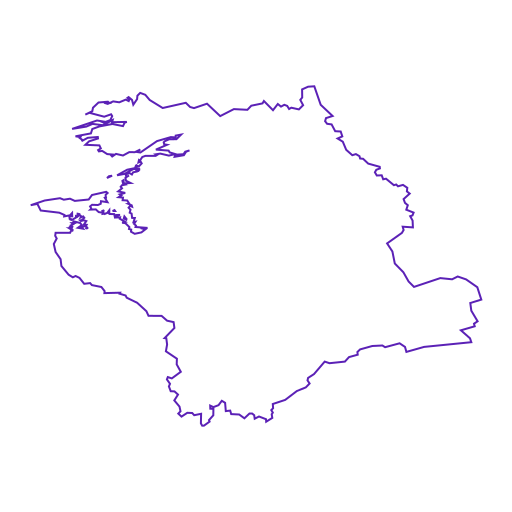 outline of Gort-Kinvara Lea-5, Galway, Ireland
{"feature_id": "5873133B79086862800883", "entity_name": "Gort-Kinvara Lea-5", "entity_type": "district", "adm_level": 2, "iso_a3": "IRL", "parent_name": "Ireland", "parent_adm1": "Galway", "projection": "robinson", "projection_center": [-8.887, 53.119], "detail": "fine", "context": "isolated", "style": "outline", "palette": "violet", "viewbox_px": 512, "rotation_deg": 0, "n_neighbors": 0, "source": "geoboundaries", "source_scale": "gbopen_adm2", "svg_char_len": 6004}
<svg xmlns="http://www.w3.org/2000/svg" viewBox="0 0 512 512"><path d="M132.0,99.9L128.6,97.1L127.5,97.9L129.4,99.5L128.7,101.1L125.8,99.6L119.3,102.3L113.2,101.4L107.7,103.9L104.0,102.7L109.2,102.9L107.9,101.7L98.5,102.5L93.0,107.7L92.3,111.2L85.3,114.6L89.4,112.8L104.2,116.7L111.1,114.3L112.2,116.1L110.3,120.1L103.7,122.6L100.4,121.2L105.2,121.8L97.0,120.5L72.1,128.9L86.3,126.6L92.5,123.9L102.8,125.2L112.7,120.0L112.1,122.2L126.8,121.9L124.6,122.7L123.0,126.1L112.4,124.0L99.5,126.4L92.3,129.0L90.9,133.4L75.5,136.3L80.4,137.1L79.7,138.0L82.5,140.0L81.6,141.1L87.8,137.8L97.8,137.0L98.0,138.5L89.1,141.3L85.4,144.8L99.4,145.4L100.8,148.4L98.1,150.1L98.9,151.4L102.2,150.9L107.2,154.1L112.3,154.5L111.1,155.3L112.2,156.5L116.0,153.9L123.0,155.5L129.3,152.1L134.8,152.2L140.3,149.5L137.0,152.0L140.4,152.5L157.0,141.1L170.8,137.1L175.6,137.4L175.7,135.6L181.1,134.6L176.4,139.2L169.1,139.3L164.8,141.2L163.7,142.3L164.2,144.3L167.0,144.8L155.9,149.6L168.6,150.6L169.7,152.4L177.1,154.6L183.5,154.2L185.2,151.7L189.5,150.4L186.1,151.7L183.9,155.2L174.6,156.8L175.1,155.3L173.8,154.4L168.9,155.6L160.3,153.6L155.8,154.3L157.0,155.0L155.6,155.9L145.3,155.9L142.3,157.0L139.9,160.6L139.0,160.0L138.4,162.5L140.7,161.7L141.7,163.4L138.8,166.5L136.9,165.5L136.8,167.4L135.7,166.2L135.0,168.1L127.2,169.7L117.1,175.3L124.5,173.9L133.3,169.1L139.0,168.8L139.3,169.8L138.3,171.0L137.4,171.0L138.3,169.6L136.2,170.1L136.6,171.6L133.1,172.3L131.9,174.5L129.5,173.0L125.6,174.5L126.5,176.8L129.0,175.5L125.5,177.6L125.9,180.7L130.6,183.0L123.7,183.4L123.5,180.2L122.4,180.9L123.3,184.3L124.1,184.1L124.6,184.5L125.4,184.1L125.8,184.5L122.0,185.2L120.7,186.8L122.0,188.3L118.2,191.4L125.2,192.9L119.8,194.4L121.3,195.4L118.6,197.2L123.0,197.6L122.6,200.2L127.2,200.5L129.2,203.6L128.2,203.8L131.7,205.3L132.1,206.7L130.1,205.9L128.6,207.7L130.5,209.7L129.7,212.7L131.6,213.6L132.1,217.9L134.8,218.0L133.5,222.1L135.5,221.7L134.1,223.9L136.0,225.6L135.5,227.0L147.5,227.9L143.5,228.9L145.3,229.4L141.4,232.4L134.7,233.8L131.0,231.7L131.2,229.6L129.0,229.0L129.4,227.1L125.4,223.2L122.1,222.7L125.3,221.9L119.7,218.7L120.1,217.3L116.3,217.5L115.9,216.9L115.5,217.4L114.9,217.3L114.2,214.1L109.6,214.0L108.2,212.9L109.2,212.0L104.0,214.3L104.7,213.6L102.7,213.9L103.1,212.8L98.7,212.1L95.8,209.4L90.4,209.6L91.4,208.7L90.1,206.4L92.1,204.8L97.9,205.0L100.7,203.8L101.0,201.2L107.5,202.2L104.9,197.9L106.9,197.6L105.6,197.4L105.7,194.7L107.6,193.0L106.2,191.8L92.0,195.0L88.7,199.5L74.8,200.9L70.0,198.7L63.8,199.7L60.0,198.2L44.7,200.5L30.7,205.2L37.4,203.9L40.7,210.5L59.3,212.7L64.5,215.0L64.2,216.4L70.0,215.3L72.1,213.0L72.2,216.3L69.3,216.2L69.7,218.9L71.8,219.3L69.8,219.4L71.9,220.0L75.9,217.6L76.0,216.1L77.2,216.6L77.6,213.7L79.0,214.0L77.6,216.4L79.9,215.1L81.3,216.4L80.7,217.5L83.2,216.4L84.3,217.8L82.2,219.8L86.3,221.1L83.9,224.5L86.6,224.8L85.9,226.0L88.0,228.7L86.8,227.6L85.6,229.0L86.7,227.4L85.3,226.0L81.7,227.1L83.0,228.7L77.9,227.8L81.8,225.1L80.2,223.0L73.8,221.4L73.0,222.3L74.0,223.0L71.9,223.1L73.2,224.2L70.6,225.5L71.1,227.2L72.8,226.1L72.1,227.3L70.5,227.3L70.3,226.5L69.7,227.1L71.2,228.5L69.4,228.4L73.2,230.8L71.2,230.5L70.1,232.8L55.6,232.8L55.2,235.8L56.7,238.5L53.8,244.0L55.6,252.0L60.6,259.2L61.4,266.0L68.6,274.7L72.8,277.3L75.6,276.0L79.5,277.9L84.2,283.8L90.1,283.1L91.9,285.1L101.4,287.0L104.6,291.1L104.4,293.1L120.1,292.7L119.6,293.7L125.6,295.5L126.7,297.7L137.2,302.8L146.4,311.2L148.5,315.8L161.6,315.9L167.1,320.7L173.6,322.1L174.4,328.0L164.6,338.1L166.3,338.3L167.1,344.5L165.9,351.3L176.9,358.7L176.7,364.4L180.8,371.8L171.8,378.4L167.8,377.1L166.9,379.4L170.0,383.8L168.9,386.4L170.7,391.2L174.5,391.4L178.0,394.6L174.3,400.4L179.5,406.6L180.5,411.3L178.3,413.6L181.5,416.6L187.3,412.8L192.2,413.0L194.2,415.2L201.1,413.8L200.9,423.4L202.2,425.7L203.9,425.7L209.6,421.6L209.0,420.1L213.3,415.3L213.4,408.9L210.3,408.7L210.2,405.6L213.4,407.1L218.5,405.2L221.8,400.8L225.1,402.8L225.8,411.1L230.2,410.6L231.2,414.1L239.2,414.5L244.4,418.3L249.5,413.5L252.1,413.5L254.2,415.2L254.7,418.7L259.0,416.5L266.0,419.2L266.2,421.7L272.3,417.9L271.7,414.3L272.8,412.6L271.3,410.1L273.1,408.2L272.8,404.0L285.2,399.9L296.9,391.0L305.8,387.4L309.6,383.5L307.5,380.4L308.1,377.9L314.0,374.1L324.7,361.6L329.5,363.2L344.9,361.6L349.0,357.1L357.7,354.7L357.4,352.0L360.1,349.4L372.3,346.0L382.4,345.5L385.1,347.2L399.6,343.3L405.0,346.9L406.4,351.9L424.1,346.9L471.3,342.2L470.0,338.3L460.9,330.3L474.7,326.3L474.0,323.7L477.6,321.3L471.3,310.7L470.3,303.0L481.3,299.6L477.3,287.2L466.1,279.4L457.7,276.5L452.1,279.3L440.3,278.1L414.0,286.9L408.6,281.5L403.4,272.3L394.8,263.5L392.4,251.5L387.1,243.4L401.9,232.9L403.6,230.0L402.7,226.7L412.9,227.4L412.6,220.6L410.2,216.2L412.5,215.4L413.6,212.6L406.3,209.7L407.8,205.2L405.0,202.9L403.6,199.1L409.7,193.6L406.9,191.4L407.3,187.8L403.0,184.9L398.0,186.3L396.2,184.5L393.9,185.2L386.0,178.7L383.2,179.3L381.7,175.3L376.8,175.5L374.9,172.3L376.3,169.8L379.9,168.4L379.7,166.8L368.2,163.6L363.1,158.8L360.1,158.5L359.5,156.2L355.9,154.1L352.3,155.2L346.2,149.8L342.8,141.7L337.6,138.5L342.3,136.4L340.7,131.5L335.2,131.2L331.6,124.4L327.1,123.8L325.1,121.2L326.0,118.1L332.6,116.0L320.7,104.8L314.3,86.3L308.1,86.7L302.1,89.4L302.2,97.5L300.3,99.9L303.1,105.2L298.9,109.4L291.3,107.7L289.1,109.0L287.2,105.9L284.3,104.8L281.0,106.6L277.8,104.0L273.0,110.2L263.9,101.0L262.5,103.4L251.3,105.7L247.4,109.8L233.9,109.1L220.2,116.1L207.0,103.7L194.0,108.1L190.1,107.0L185.8,102.8L162.7,108.0L149.7,100.0L145.3,94.8L140.2,92.9L137.4,95.7L137.1,99.1L133.3,104.7L132.0,99.9ZM116.2,215.0L114.7,215.5L115.2,217.3L115.9,216.7L117.7,216.6L116.7,215.3L120.1,214.9L116.2,215.0ZM109.0,176.2L107.0,178.0L112.1,175.7L109.0,176.2ZM124.4,216.4L123.8,218.5L126.3,219.7L126.5,219.0L124.4,216.4ZM101.5,211.2L103.4,211.1L104.2,210.3L101.5,211.2ZM114.5,210.1L112.6,211.0L115.1,211.0L114.5,210.1ZM109.3,211.9L109.3,210.2L108.3,211.5L109.3,211.9ZM82.1,220.7L81.1,220.2L80.2,220.4L80.9,221.0L82.1,220.7Z" fill="none" stroke="#5b21b6" stroke-width="2"/></svg>